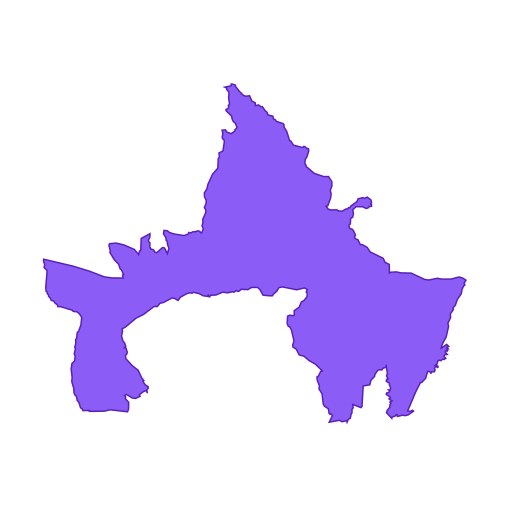 outline of Atzitzihuacán, Puebla, Mexico, rotated 185°
{"feature_id": "50627088B49203716131538", "entity_name": "Atzitzihuacán", "entity_type": "district", "adm_level": 2, "iso_a3": "MEX", "parent_name": "Mexico", "parent_adm1": "Puebla", "projection": "mercator", "projection_center": [-98.615, 18.813], "detail": "fine", "context": "isolated", "style": "filled", "palette": "violet", "viewbox_px": 512, "rotation_deg": 185, "n_neighbors": 0, "source": "geoboundaries", "source_scale": "gbopen_adm2", "svg_char_len": 6084}
<svg xmlns="http://www.w3.org/2000/svg" viewBox="0 0 512 512"><g transform="rotate(185 256 256)"><path d="M71.6,153.8L71.2,155.9L68.2,156.2L67.7,158.2L68.4,160.0L67.7,161.1L66.7,161.6L65.5,160.7L65.0,161.1L65.2,162.2L67.9,162.8L66.3,164.0L65.6,167.5L64.7,168.2L62.8,167.8L60.9,169.6L59.5,169.3L58.0,170.7L59.9,172.1L60.0,172.9L58.9,174.3L56.9,174.6L59.3,176.9L58.7,178.2L57.3,177.8L56.8,178.9L57.8,179.9L56.4,180.3L57.9,181.8L56.1,182.7L58.4,184.6L63.4,180.4L62.9,184.0L59.5,191.8L58.0,202.8L59.0,205.8L56.8,211.4L57.3,215.3L54.9,219.5L55.0,222.0L53.1,224.3L51.7,230.1L48.3,236.1L47.8,240.8L46.4,244.5L45.4,245.3L46.3,247.0L44.7,250.2L48.1,252.0L51.9,252.8L59.7,250.0L69.1,249.2L73.5,249.6L81.9,247.1L86.1,247.4L100.0,252.5L110.4,251.8L114.5,252.4L120.3,251.6L121.6,250.7L122.5,259.2L126.9,261.0L129.1,264.8L142.6,270.0L145.9,274.2L151.1,276.6L153.1,276.5L155.9,281.1L158.4,281.8L159.6,283.4L158.7,285.5L160.9,289.4L162.3,291.0L164.7,291.5L165.8,293.3L166.1,294.8L164.8,296.2L165.0,301.5L163.0,303.2L162.7,306.8L163.6,310.5L160.6,313.9L153.8,314.3L150.3,312.9L148.1,314.0L147.6,315.2L145.3,315.5L145.4,317.4L146.4,318.0L145.5,319.3L146.3,321.8L150.4,324.4L152.6,322.9L154.4,323.5L159.2,321.9L160.3,318.9L165.6,314.3L166.8,312.3L168.1,312.2L168.7,311.0L170.4,310.7L174.3,308.1L178.1,308.2L179.3,309.0L185.6,308.4L188.3,309.1L190.5,311.7L188.9,312.2L186.7,320.4L186.6,324.7L187.7,327.8L186.5,332.5L186.9,336.6L190.7,341.5L195.4,341.0L205.2,343.4L213.6,349.4L214.5,351.5L215.4,351.9L215.4,356.1L213.8,359.6L212.6,365.5L213.1,367.5L215.1,367.8L216.7,369.2L218.1,369.3L219.0,368.1L228.4,369.7L231.2,373.5L232.6,374.0L236.3,382.9L239.2,386.7L239.6,389.3L240.6,390.3L247.5,391.9L248.3,393.2L250.4,394.0L251.4,396.8L256.6,397.6L257.3,400.0L259.6,401.6L262.6,405.3L263.8,404.9L266.5,406.7L269.7,405.8L270.1,408.5L273.6,410.0L276.4,415.1L279.7,414.3L282.4,414.8L287.1,418.8L291.5,423.5L291.3,424.4L294.8,425.3L295.7,425.1L295.6,423.4L301.8,421.5L300.0,420.9L299.7,419.4L297.1,416.6L297.1,411.4L295.6,404.8L296.7,403.7L296.2,401.8L296.9,400.2L298.7,399.4L298.4,398.0L292.7,393.4L291.4,389.7L290.0,387.6L288.1,386.5L286.1,382.3L288.0,379.8L288.0,378.7L291.3,375.7L296.2,377.1L297.3,379.0L300.8,378.4L299.7,375.3L300.0,371.2L299.4,369.8L298.0,368.9L297.5,367.1L298.1,357.8L301.9,355.4L301.1,351.3L302.1,349.8L301.7,340.2L306.4,333.7L310.1,323.3L310.8,318.6L313.0,314.3L312.5,310.6L310.4,307.0L310.4,303.7L311.7,299.8L310.2,297.7L309.7,295.4L312.2,288.0L311.8,284.6L312.4,281.4L310.9,278.4L312.1,274.4L313.1,274.3L314.2,275.7L316.5,276.0L317.6,275.2L321.6,274.4L322.6,273.3L325.0,273.6L325.7,271.8L329.5,270.1L339.3,270.8L344.1,271.8L346.5,273.4L349.9,273.5L350.1,270.1L347.2,266.1L347.0,264.0L345.7,262.8L345.1,259.5L343.4,256.1L344.5,250.6L347.7,255.9L348.9,256.3L350.0,256.2L355.1,250.7L357.3,251.2L358.4,253.1L361.5,254.0L362.6,256.1L362.8,259.9L364.2,261.1L364.5,262.6L363.4,265.4L363.6,269.0L371.9,263.5L371.3,251.7L372.5,250.8L373.1,247.2L377.7,251.9L388.5,255.5L396.4,256.7L403.0,255.5L403.4,253.7L401.5,248.0L401.9,246.9L396.7,239.7L392.2,235.9L390.3,231.5L388.8,230.4L386.3,226.0L387.3,225.4L386.4,222.5L397.3,221.6L405.3,222.0L421.1,226.5L437.7,230.0L467.3,234.3L467.2,232.3L465.7,228.9L466.1,226.2L462.8,223.1L462.7,206.2L462.0,202.5L460.8,202.0L460.7,200.3L459.3,199.3L459.2,197.9L456.8,195.6L456.2,194.0L453.8,193.5L451.6,191.1L449.8,190.5L449.1,188.3L446.5,188.5L434.4,186.0L433.3,184.9L429.5,184.8L426.9,183.0L424.3,179.7L424.4,172.0L426.2,165.5L427.4,164.3L427.5,158.3L428.4,157.1L427.9,152.9L428.6,149.4L427.8,147.8L428.6,142.6L427.5,140.8L427.5,135.8L430.0,132.8L430.3,127.2L428.6,119.3L428.6,114.9L425.9,107.9L425.5,104.3L424.6,102.1L422.6,100.4L421.5,96.4L419.8,94.9L417.5,89.4L415.9,88.7L415.0,86.9L408.6,87.6L408.5,86.7L393.6,88.2L387.7,90.1L370.4,89.6L369.6,92.5L370.1,99.1L373.5,102.4L373.7,104.5L374.7,105.7L372.7,106.7L367.0,103.8L363.6,103.6L359.3,106.1L360.1,107.6L356.7,110.8L353.7,112.5L352.3,109.9L353.1,112.8L351.9,114.8L352.1,116.5L355.0,117.9L356.9,120.2L357.7,121.6L356.9,122.1L359.3,124.7L363.4,131.9L369.6,135.9L376.6,142.3L377.4,145.7L376.1,147.1L375.9,149.1L377.5,152.9L379.0,153.1L377.8,154.4L379.1,157.6L381.2,159.9L383.0,164.6L382.4,169.1L383.0,171.7L379.8,173.9L370.0,183.7L362.9,188.0L353.2,196.8L349.8,197.1L347.6,200.5L344.2,201.6L335.9,206.9L333.6,206.7L329.8,204.9L327.7,208.4L322.1,212.2L319.4,213.4L316.4,213.4L315.1,214.4L309.1,213.5L305.2,211.8L299.7,211.5L300.5,212.1L300.2,212.8L298.7,211.4L297.5,213.0L292.6,213.6L285.9,217.1L281.1,216.8L276.1,218.4L274.8,218.0L272.6,219.9L271.1,219.1L269.6,219.6L267.8,221.6L261.1,221.8L257.8,224.3L251.6,224.8L249.2,222.9L245.6,217.6L238.6,217.5L236.0,217.9L235.5,219.3L232.1,222.9L230.4,226.5L226.9,227.5L212.6,225.9L204.9,228.4L202.0,227.1L202.8,224.4L201.9,223.8L201.5,220.0L204.4,215.8L206.8,214.2L208.6,208.7L213.2,204.9L212.7,200.5L213.7,199.8L217.2,200.0L219.3,198.8L219.1,191.3L217.7,188.9L216.0,188.1L214.3,185.5L210.8,174.8L211.7,170.4L211.2,168.5L207.7,166.6L204.4,161.2L199.4,160.3L194.1,156.5L187.4,153.4L180.3,147.7L180.0,147.1L181.4,146.9L183.5,141.6L184.7,140.9L184.2,137.6L181.5,132.1L181.7,129.1L178.2,124.5L176.1,114.4L174.7,112.3L170.7,110.2L169.4,105.5L168.7,104.8L167.8,105.4L166.0,103.7L168.6,96.8L158.6,99.6L155.9,98.4L151.4,99.8L150.8,98.3L149.7,101.5L147.9,102.5L147.4,107.3L146.7,108.0L147.0,111.7L145.9,113.2L146.7,116.5L138.2,114.1L137.3,115.3L137.9,135.9L131.4,137.6L130.7,142.1L127.4,146.4L127.1,148.7L124.7,152.7L123.1,153.5L120.6,153.5L119.8,155.2L117.4,156.2L116.8,157.8L114.9,150.8L115.5,147.9L113.7,144.9L115.1,144.4L115.3,142.5L112.0,141.0L112.0,139.4L110.5,136.8L110.6,134.4L112.3,134.1L111.1,133.3L111.6,131.9L113.9,130.9L114.3,129.6L110.0,127.1L109.7,126.3L111.0,125.6L110.8,124.9L107.8,123.6L109.9,122.1L108.7,120.7L109.7,119.3L109.5,117.1L111.8,113.7L112.4,111.3L106.6,106.1L106.5,107.3L103.1,108.9L102.5,110.3L101.6,110.1L101.2,108.5L95.6,110.3L93.8,109.9L90.7,110.9L85.5,115.2L86.7,116.0L88.6,114.7L91.4,114.9L85.1,134.4L81.1,144.4L80.0,144.4L76.4,148.8L75.0,155.8L74.5,156.2L71.6,155.3L71.6,153.8Z" fill="#8b5cf6" stroke="#5b21b6" stroke-width="1.5"/></g></svg>